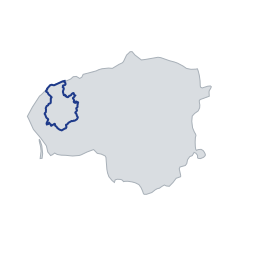 where Telšiai sits in Lithuania, rotated 337°
{"feature_id": "LTU-936", "entity_name": "Telšiai", "entity_type": "County", "adm_level": 1, "iso_a3": "LTU", "parent_name": "Lithuania", "parent_adm1": "", "projection": "mercator", "projection_center": [22.175, 56.01], "detail": "fine", "context": "in_parent", "style": "outline", "palette": "blue", "viewbox_px": 256, "rotation_deg": 337, "n_neighbors": 0, "source": "natural_earth", "source_scale": "10m", "svg_char_len": 4633}
<svg xmlns="http://www.w3.org/2000/svg" viewBox="0 0 256 256"><g transform="rotate(337 128 128)"><path d="M94.2,172.8L92.8,170.1L91.4,165.4L91.6,161.6L92.4,157.8L96.2,146.5L96.0,144.7L93.2,141.6L89.8,139.3L87.9,134.4L80.9,134.1L74.3,134.4L72.3,134.2L66.0,132.1L60.0,128.8L55.9,126.9L52.5,124.7L50.7,122.4L47.8,123.1L45.9,123.1L45.9,122.7L44.8,118.7L45.9,112.5L43.8,103.4L40.4,92.4L40.1,80.6L39.9,78.0L48.3,71.3L59.0,64.1L61.5,63.4L71.3,59.2L72.7,58.8L81.5,59.6L88.5,60.6L94.4,60.5L97.6,59.4L100.6,60.3L102.9,63.5L105.3,63.2L107.7,61.1L120.9,63.0L123.9,62.9L127.2,63.3L133.4,65.2L136.9,67.0L144.7,65.9L148.1,65.8L149.8,65.1L155.2,60.3L157.5,59.5L159.7,58.6L161.6,59.3L162.9,63.5L166.9,70.6L171.2,71.8L183.2,74.6L185.6,76.0L192.4,82.2L196.4,85.3L199.0,87.7L202.9,92.5L205.1,96.0L208.9,98.6L213.4,100.3L215.0,100.6L214.9,103.1L214.2,107.4L212.7,112.9L211.1,117.1L210.7,118.7L211.9,120.1L217.8,120.7L220.3,121.5L220.8,122.6L219.4,124.0L217.6,125.2L216.7,126.4L215.2,130.5L205.5,130.0L204.2,130.8L203.6,132.7L203.1,134.9L201.8,137.5L199.2,139.7L195.1,140.6L191.8,142.1L189.3,146.8L187.5,153.1L187.5,157.6L187.8,160.1L187.6,161.5L186.3,163.1L184.3,167.2L182.6,171.7L182.0,174.1L182.3,175.3L184.2,175.3L186.9,176.2L188.3,178.0L188.8,180.1L188.9,182.4L188.3,183.6L186.2,184.5L182.8,184.5L180.8,183.4L180.4,182.6L181.3,180.4L180.7,177.8L179.3,176.3L176.4,178.5L173.6,178.5L170.4,180.5L168.2,183.7L166.1,184.9L160.6,184.2L159.2,185.6L158.0,192.1L157.4,193.4L152.7,193.1L148.2,195.7L143.2,197.8L140.6,196.3L139.2,194.7L136.4,195.0L133.4,195.7L131.4,195.3L129.1,195.5L124.7,196.7L119.2,196.3L116.9,195.3L116.6,194.2L116.8,191.7L116.7,187.8L115.9,184.3L113.2,181.2L110.5,179.1L106.9,176.9L104.3,175.9L102.9,175.6L102.6,174.4L102.0,173.2L100.8,172.3L98.2,171.0L96.0,170.7L94.2,172.8ZM37.1,122.3L35.2,121.8L38.9,115.4L40.2,111.3L41.2,105.3L42.0,103.5L42.1,106.2L41.7,110.7L39.4,118.3L37.1,122.3Z" fill="#d9dde1" stroke="#a8b0b8" stroke-width="1"/><path d="M73.0,58.2L74.4,58.3L75.0,58.6L76.1,59.5L76.8,59.8L86.1,59.5L88.2,59.9L88.2,60.0L87.8,60.4L87.6,60.5L87.4,60.8L87.5,61.1L87.7,61.5L87.9,61.9L87.9,62.4L87.7,62.9L87.5,63.4L87.0,63.7L86.6,63.8L86.1,63.8L85.3,63.5L84.9,63.5L84.5,63.8L84.3,64.4L84.1,64.7L83.9,65.0L84.0,65.2L84.3,65.7L84.4,66.2L84.2,66.8L83.7,67.5L83.1,68.0L82.2,69.3L81.8,72.6L83.0,73.0L83.2,73.5L82.9,74.0L82.9,74.4L83.1,74.5L83.3,74.5L83.6,74.5L83.7,74.8L83.8,75.2L83.9,75.6L84.3,75.9L84.7,76.1L85.2,76.1L86.5,75.4L87.7,75.6L88.3,75.5L88.7,75.3L89.0,75.0L89.3,74.8L90.2,74.5L90.9,74.4L91.4,74.5L91.6,74.8L91.6,75.1L91.5,75.5L91.4,76.0L91.5,76.4L91.6,76.8L92.1,77.4L91.6,77.7L91.2,77.8L91.0,78.1L90.9,78.2L90.8,78.3L89.3,78.7L89.0,79.0L88.9,79.4L89.2,80.3L89.2,81.1L89.2,81.5L89.1,81.8L88.9,82.0L88.5,82.4L88.3,82.6L88.3,82.9L88.4,83.3L88.9,83.9L89.2,84.2L89.6,84.3L89.9,84.2L90.2,83.9L90.3,83.6L90.4,83.4L90.7,83.4L90.9,83.6L91.3,84.1L91.5,84.4L91.9,84.6L92.0,84.8L92.0,85.0L91.6,85.2L91.2,85.5L91.3,86.1L90.4,87.2L89.9,88.6L89.6,89.0L89.1,89.3L88.7,89.3L88.2,89.5L88.0,89.8L87.9,90.2L88.0,91.3L87.9,91.8L87.5,92.1L87.1,92.5L86.7,92.6L86.3,92.8L85.9,92.9L85.5,93.3L85.5,93.7L85.9,94.6L86.0,95.1L85.9,95.8L85.8,96.4L85.7,96.9L85.8,97.3L86.0,98.2L85.9,98.7L85.7,99.0L85.4,99.1L84.4,100.0L82.0,100.4L81.6,100.4L81.3,100.2L80.9,100.0L80.1,100.1L79.7,100.0L78.8,99.5L78.0,99.6L75.4,99.9L74.3,100.4L73.8,100.8L73.4,100.9L73.0,100.9L72.6,100.8L72.3,100.8L72.2,100.9L72.1,101.2L71.9,101.5L71.8,101.9L71.8,102.2L71.8,102.6L71.8,102.8L71.7,103.1L70.9,103.8L70.5,104.0L70.1,103.9L69.7,103.8L66.1,104.3L64.4,102.8L63.5,101.4L63.4,101.1L63.3,100.8L63.0,100.4L62.9,100.1L62.8,99.3L62.7,99.0L62.6,98.7L62.0,97.7L61.9,97.3L62.0,97.0L62.1,96.8L62.1,96.4L62.2,96.1L62.2,95.8L62.2,95.6L61.9,95.4L61.4,95.5L60.7,95.7L59.2,95.8L58.8,95.9L58.4,96.0L58.2,95.9L58.0,95.5L58.1,95.3L58.3,95.0L58.4,94.8L58.3,94.5L58.2,94.3L57.9,94.0L57.6,93.4L57.6,93.1L57.6,92.7L57.5,92.4L57.3,92.4L56.7,92.9L56.4,93.1L56.1,93.2L54.7,93.0L54.7,92.7L54.7,92.4L54.8,92.1L55.0,91.8L55.4,91.3L57.1,89.9L57.2,89.7L57.3,89.4L57.8,89.1L57.9,88.8L57.8,88.3L57.7,88.0L57.1,87.1L57.0,86.8L56.9,86.3L56.9,85.8L57.0,83.5L56.9,83.1L56.8,82.8L56.8,82.5L57.0,82.1L57.3,81.8L58.1,81.6L58.4,81.4L58.7,81.0L59.8,78.8L60.0,77.6L61.5,76.2L61.8,76.0L63.1,75.9L63.4,75.8L63.7,75.6L64.0,75.2L64.2,74.9L64.7,74.8L66.2,74.9L66.6,74.6L66.8,74.4L67.6,72.8L67.9,71.8L68.1,71.6L68.3,71.2L68.5,70.6L68.7,70.3L69.0,70.2L69.3,70.2L69.6,70.0L69.7,69.8L69.5,69.2L68.6,67.1L68.4,66.8L68.1,66.3L68.0,65.8L67.9,65.3L67.9,64.1L67.7,63.6L67.4,63.3L67.1,63.0L67.0,62.7L66.9,62.4L67.0,61.9L67.2,61.7L68.4,61.1L68.8,60.7L68.9,60.2L69.5,59.9L73.0,58.2Z" fill="none" stroke="#1e3a8a" stroke-width="2"/></g></svg>